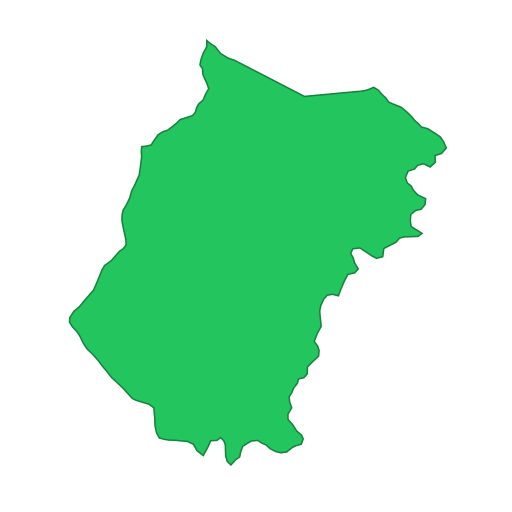 Ipuã, São Paulo, Brazil, rotated 95°
{"feature_id": "56859067B38100119221339", "entity_name": "Ipuã", "entity_type": "district", "adm_level": 2, "iso_a3": "BRA", "parent_name": "Brazil", "parent_adm1": "São Paulo", "projection": "mercator", "projection_center": [-48.055, -20.411], "detail": "fine", "context": "isolated", "style": "filled", "palette": "green", "viewbox_px": 512, "rotation_deg": 95, "n_neighbors": 0, "source": "geoboundaries", "source_scale": "gbopen_adm2", "svg_char_len": 2622}
<svg xmlns="http://www.w3.org/2000/svg" viewBox="0 0 512 512"><g transform="rotate(95 256 256)"><path d="M45.6,323.8L52.0,323.3L58.1,326.1L65.3,328.0L70.5,328.5L74.2,325.6L79.6,324.8L83.8,322.6L88.3,320.0L93.3,317.7L98.8,320.2L105.4,322.4L109.1,326.1L113.1,328.0L118.1,329.0L121.7,331.5L124.3,337.7L126.7,343.5L130.2,346.4L134.4,350.6L138.4,355.0L140.3,359.6L143.8,364.2L150.1,367.8L154.4,370.0L156.0,374.4L157.0,379.4L161.7,379.4L167.1,378.6L176.6,378.9L181.2,379.2L185.4,379.4L196.4,383.2L201.9,385.5L209.2,386.9L216.2,389.5L221.7,392.3L226.6,393.0L232.1,392.7L237.7,391.2L251.4,387.0L256.5,386.4L260.4,389.0L263.0,392.3L273.3,399.8L278.7,406.0L283.5,408.3L291.4,410.7L298.0,412.8L304.2,414.9L313.2,421.5L322.4,427.9L326.6,432.4L333.8,436.2L338.2,436.0L342.6,432.7L346.9,427.8L351.4,424.3L357.6,420.7L363.3,416.2L368.5,409.7L374.7,403.3L379.3,399.3L382.4,396.1L389.9,389.0L393.2,384.6L399.0,377.3L408.6,366.9L410.2,362.9L411.5,356.9L413.0,349.6L416.1,344.6L425.9,342.8L433.9,341.8L440.7,339.7L445.8,336.4L446.6,331.3L447.0,326.9L446.6,320.3L446.7,314.4L446.7,308.0L449.1,301.9L455.2,297.7L459.4,291.1L455.2,289.3L450.9,287.4L444.0,285.0L443.1,278.8L440.0,275.4L442.7,272.1L446.8,270.1L453.0,269.4L457.8,268.8L463.1,266.8L466.4,262.8L460.5,258.3L457.6,254.7L453.0,254.3L446.7,252.6L443.5,248.4L440.7,244.5L439.6,238.2L442.0,233.6L443.3,229.5L446.8,225.0L449.1,219.2L449.9,214.2L448.6,208.4L444.0,203.6L441.6,199.9L439.6,194.5L434.1,193.0L430.4,195.1L426.8,200.2L420.9,204.7L416.1,209.8L410.8,210.4L404.2,207.2L398.3,209.8L393.4,210.7L388.8,208.3L384.6,207.2L379.1,203.6L374.8,203.0L373.0,197.6L369.0,194.7L362.2,195.1L356.3,190.3L350.3,184.9L344.6,184.9L340.4,186.7L336.1,190.5L327.9,188.2L320.5,184.9L309.8,187.0L305.2,187.7L300.0,187.2L292.7,184.6L288.9,181.6L287.5,176.5L288.5,170.4L282.8,168.9L273.6,165.9L266.3,162.8L264.2,156.2L260.0,153.0L254.2,157.2L249.2,159.1L245.2,161.9L240.4,160.2L238.9,153.2L245.8,140.6L247.8,135.7L245.7,129.7L237.4,129.3L230.0,117.6L225.7,114.6L224.1,110.1L222.4,96.5L219.0,92.5L215.3,99.8L213.1,104.0L207.8,105.3L201.0,105.4L196.6,100.7L195.1,95.6L190.0,92.1L184.1,92.0L181.1,100.2L176.8,104.9L172.7,107.5L170.2,111.5L165.0,114.0L158.2,111.9L155.5,105.6L151.5,102.8L149.5,97.2L152.2,90.2L146.9,85.5L140.4,86.4L137.7,80.1L131.8,75.8L125.8,79.1L121.2,82.9L117.9,88.8L114.2,96.0L113.1,102.4L109.8,106.1L107.0,109.9L103.8,112.9L100.1,117.3L95.3,124.0L92.7,132.4L91.3,137.0L87.2,140.5L83.4,145.4L80.2,148.4L77.7,153.5L80.8,159.3L82.3,163.8L83.6,171.1L92.8,221.7L62.9,294.4L61.2,301.3L57.3,309.0L51.1,314.8L48.5,319.8L45.6,323.8Z" fill="#22c55e" stroke="#15803d" stroke-width="1.5"/></g></svg>